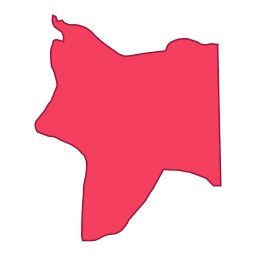 outline of Bakil Al Mir, Hajjah, Yemen
{"feature_id": "15242507B36780035445887", "entity_name": "Bakil Al Mir", "entity_type": "district", "adm_level": 2, "iso_a3": "YEM", "parent_name": "Yemen", "parent_adm1": "Hajjah", "projection": "equal_earth", "projection_center": [43.292, 16.508], "detail": "fine", "context": "isolated", "style": "filled", "palette": "rose", "viewbox_px": 256, "rotation_deg": 0, "n_neighbors": 0, "source": "geoboundaries", "source_scale": "gbopen_adm2", "svg_char_len": 3309}
<svg xmlns="http://www.w3.org/2000/svg" viewBox="0 0 256 256"><path d="M62.3,20.4L57.6,21.3L56.1,17.5L55.7,16.5L54.6,16.1L52.8,15.4L52.7,15.7L52.7,15.9L52.6,16.1L52.4,19.4L52.4,19.7L52.4,19.8L52.4,20.0L52.4,20.3L52.4,20.6L52.4,21.3L52.5,22.1L52.7,22.9L53.3,24.4L53.3,24.5L54.2,25.9L55.1,27.3L61.8,32.0L63.7,36.7L63.4,39.4L63.7,40.8L63.4,41.6L62.6,41.4L61.1,40.8L56.4,39.7L54.0,40.3L53.2,41.4L52.5,45.3L51.7,46.7L51.2,48.6L50.9,50.3L50.9,51.0L50.8,52.1L50.7,53.9L50.7,56.0L50.8,57.9L50.9,59.7L51.0,61.7L51.3,63.8L51.6,65.5L52.0,67.3L52.7,68.8L52.8,68.9L53.6,70.5L54.3,72.3L54.8,74.1L55.0,75.1L56.8,81.7L57.2,85.8L52.7,96.9L51.6,99.6L50.8,101.5L49.5,103.0L48.5,103.9L47.8,105.2L46.9,106.8L46.0,108.4L45.0,110.0L44.1,111.4L43.1,112.6L42.0,113.9L40.9,115.2L40.0,116.5L39.0,117.7L37.9,119.1L36.9,120.2L35.9,121.6L35.3,123.3L35.3,124.7L35.2,125.1L35.5,126.8L35.9,128.6L36.6,130.4L37.4,131.8L43.4,134.1L45.1,134.8L48.6,136.1L49.0,136.1L50.1,136.2L51.8,136.4L53.4,136.6L54.7,136.9L56.0,137.4L56.1,137.5L57.4,138.1L58.8,138.9L60.1,139.6L61.5,140.4L63.2,141.1L64.5,141.7L65.8,142.2L66.0,142.2L67.3,142.8L68.7,143.4L70.2,144.0L70.7,144.3L71.5,144.7L72.9,145.5L74.1,146.3L75.4,147.2L76.7,148.1L78.1,149.2L79.3,150.3L80.3,151.5L81.5,152.7L82.6,153.8L83.8,154.7L84.6,156.0L85.3,157.5L85.9,159.2L86.3,160.9L86.6,162.9L86.7,164.6L86.7,165.3L86.7,166.5L86.7,168.3L86.4,170.3L86.3,172.2L86.1,173.9L85.9,175.6L85.5,177.7L85.0,179.6L84.7,181.3L84.3,183.2L84.0,185.0L83.8,186.9L83.7,188.7L83.6,190.8L83.5,193.0L83.5,194.9L83.4,196.7L83.1,198.7L83.0,200.5L82.8,202.4L82.8,204.2L82.7,205.9L82.6,207.8L82.5,209.7L82.3,211.8L82.2,213.7L82.2,215.7L82.1,217.7L82.0,219.9L82.0,221.8L82.0,223.5L81.9,225.9L81.9,227.9L81.9,229.9L81.8,231.8L81.8,233.5L81.8,235.5L82.0,237.5L82.3,239.1L82.7,240.6L83.8,240.5L85.2,240.5L86.8,240.5L88.4,240.6L89.8,240.6L91.1,240.6L92.4,240.5L93.9,240.4L95.2,240.1L96.5,239.6L97.8,239.1L99.1,238.4L100.5,237.7L101.9,236.9L103.5,236.2L104.9,235.6L105.0,235.5L106.3,235.0L107.6,234.7L109.0,234.4L110.4,234.2L111.8,234.0L112.8,233.8L113.1,233.8L114.4,233.8L115.9,233.4L117.2,232.9L118.5,232.2L119.8,231.5L121.0,230.7L121.8,229.9L122.1,229.6L123.2,228.5L124.2,227.4L124.3,227.2L125.2,226.0L126.3,224.4L127.2,223.1L128.0,221.4L128.8,219.8L141.0,205.8L145.4,200.6L148.4,195.6L149.9,193.1L151.2,191.2L151.4,190.9L152.6,189.3L161.9,172.3L162.5,171.4L162.8,170.5L163.2,169.7L163.8,169.5L168.6,169.7L178.3,170.0L190.5,172.3L192.6,173.1L206.1,178.1L213.5,185.7L220.8,185.7L219.7,138.8L219.6,135.7L218.6,90.1L217.7,48.4L217.8,44.4L217.6,44.5L214.7,44.1L212.2,43.9L210.4,44.0L209.3,44.2L207.8,44.6L206.2,44.8L204.5,44.9L202.6,44.6L201.3,44.4L200.2,43.8L197.3,42.0L191.4,40.1L188.0,39.0L185.8,38.7L183.0,38.8L181.0,39.0L179.3,39.2L177.6,39.5L176.2,40.0L174.9,40.4L173.7,41.0L172.1,41.6L171.2,42.2L169.9,43.1L169.0,44.0L168.1,45.0L167.1,46.6L166.4,48.8L166.0,50.0L165.4,50.7L164.6,51.1L163.5,51.2L157.2,51.8L149.8,52.8L145.5,53.3L142.8,53.7L140.3,54.2L135.7,54.9L132.8,55.5L129.3,55.9L126.1,56.2L123.2,55.9L119.5,54.4L117.8,53.4L115.4,51.7L114.2,50.8L108.9,47.1L105.5,44.8L102.5,42.3L100.1,40.3L94.9,35.7L91.6,32.0L88.3,29.5L85.5,27.7L83.7,27.0L81.6,26.2L79.6,25.6L76.7,25.0L75.4,24.9L71.8,24.9L71.1,24.9L70.7,24.9L68.7,24.7L66.8,24.0L63.8,22.4L63.0,21.4L62.3,20.4Z" fill="#f43f5e" stroke="#9f1239" stroke-width="1.5"/></svg>